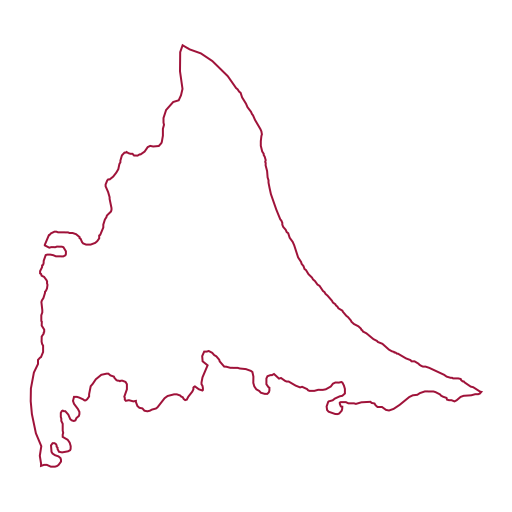 outline of Ramón Villeda Morales, Gracias a Dios, Honduras
{"feature_id": "27666195B49147516395854", "entity_name": "Ramón Villeda Morales", "entity_type": "district", "adm_level": 2, "iso_a3": "HND", "parent_name": "Honduras", "parent_adm1": "Gracias a Dios", "projection": "natural_earth1", "projection_center": [-83.403, 15.103], "detail": "fine", "context": "isolated", "style": "outline", "palette": "rose", "viewbox_px": 512, "rotation_deg": 0, "n_neighbors": 0, "source": "geoboundaries", "source_scale": "gbopen_adm2", "svg_char_len": 5959}
<svg xmlns="http://www.w3.org/2000/svg" viewBox="0 0 512 512"><path d="M41.0,465.9L43.9,464.9L46.9,464.9L50.9,466.7L54.9,466.7L56.9,466.1L58.5,465.0L61.0,461.6L61.0,459.9L60.5,458.1L58.5,456.4L55.0,455.2L52.5,453.5L51.5,451.8L51.0,445.4L52.6,443.2L54.6,443.2L56.1,444.3L56.6,445.5L56.6,446.6L57.6,447.8L57.5,448.9L59.0,451.8L62.1,452.4L68.1,451.3L70.1,450.2L70.6,449.0L70.7,446.2L69.7,442.7L67.7,439.8L62.7,436.9L62.7,434.6L63.2,432.9L62.7,430.6L62.7,423.8L61.3,420.9L61.3,418.6L60.8,416.9L60.8,412.9L61.8,411.1L62.8,410.6L63.8,411.2L65.3,411.2L68.3,414.6L70.3,419.2L71.8,420.4L73.8,421.0L75.4,420.4L76.4,418.1L78.9,415.9L79.4,414.1L79.4,411.9L77.9,409.0L74.0,403.8L73.0,400.9L74.0,396.9L77.0,396.9L79.0,397.5L83.0,399.3L84.5,400.4L85.6,400.4L87.1,399.3L89.1,396.5L89.1,394.2L90.7,386.2L92.7,383.9L95.8,379.3L101.3,374.8L106.4,373.7L108.4,373.7L110.4,375.4L113.9,376.6L114.4,377.8L116.4,380.1L117.4,380.6L118.9,380.7L119.9,381.2L120.9,380.7L122.4,380.7L125.5,381.9L126.9,384.2L126.9,389.3L124.3,396.7L124.8,397.9L124.8,399.6L125.8,400.8L128.9,400.2L133.4,401.4L135.9,400.9L135.9,402.0L137.4,406.0L139.4,407.8L142.4,408.4L144.4,410.7L147.4,411.3L149.9,410.7L151.9,409.6L156.0,408.5L157.5,407.3L164.6,398.2L167.6,396.0L174.2,394.3L176.7,394.3L180.2,395.5L181.2,396.6L182.7,397.2L183.7,399.0L185.2,400.1L186.8,399.6L188.3,396.7L192.3,391.6L193.4,389.3L193.4,387.6L193.9,387.0L194.9,386.4L198.9,389.3L202.4,390.5L202.9,390.0L202.9,388.2L202.5,385.9L201.5,384.2L201.5,382.5L202.5,377.3L207.6,365.3L202.6,361.3L202.2,356.1L204.2,351.6L206.7,351.6L208.7,351.0L212.2,352.8L214.2,355.1L216.3,356.3L219.2,359.7L219.7,361.4L224.2,366.6L226.2,366.7L230.3,367.8L237.8,367.9L239.8,368.5L245.9,369.1L250.9,370.9L252.4,372.0L253.4,376.6L253.3,382.9L254.3,386.4L256.3,389.3L259.3,391.0L260.8,392.7L264.8,393.9L267.3,393.9L268.9,392.2L269.4,390.5L269.4,387.7L268.4,387.1L266.4,384.2L266.4,378.5L267.5,376.2L270.5,375.1L272.0,375.1L274.0,374.0L279.0,378.6L281.0,378.0L285.1,380.9L286.6,381.5L288.6,381.5L295.6,385.6L300.1,387.4L302.1,386.8L307.1,389.1L308.1,390.3L309.6,390.9L314.2,390.9L318.2,389.8L322.7,389.9L325.8,389.3L330.8,386.5L332.9,383.7L335.4,382.5L338.9,382.6L341.4,382.0L342.4,382.6L343.9,385.5L344.9,388.9L344.9,393.5L342.3,395.8L339.8,396.3L334.8,398.6L332.7,400.3L328.7,401.4L328.2,401.9L326.6,406.5L327.1,410.0L328.6,411.7L335.2,414.0L337.7,414.1L339.2,413.5L341.7,410.7L342.2,408.9L342.3,406.7L341.2,406.6L340.7,406.1L339.8,403.8L339.8,402.6L340.8,402.1L345.8,402.1L348.3,403.3L353.9,403.3L355.9,403.9L361.4,402.3L370.5,401.8L371.5,402.9L374.5,403.5L375.5,405.2L377.5,407.0L382.0,407.0L386.0,409.9L389.0,410.5L393.6,408.9L399.6,404.9L409.3,397.0L412.8,395.3L417.3,394.8L419.9,393.1L424.9,391.4L433.5,391.5L435.5,392.1L440.0,394.4L441.0,395.6L443.0,396.7L446.5,397.9L447.0,399.6L449.0,400.2L451.5,400.2L454.5,401.4L456.6,400.3L460.6,396.9L463.6,395.8L471.2,395.3L475.2,394.2L478.2,394.2L479.8,393.6L481.3,391.9L479.9,391.5L473.2,387.2L470.7,386.6L464.7,382.5L463.7,381.4L462.7,381.4L461.2,380.2L460.7,379.0L458.2,378.4L453.1,378.4L452.1,377.8L450.6,377.8L446.6,376.6L444.1,374.8L429.1,367.8L425.5,366.6L423.0,366.6L421.5,366.0L419.5,364.8L418.5,363.7L414.5,361.3L411.5,361.3L410.5,360.1L406.0,358.4L398.0,353.7L397.0,353.7L395.5,352.5L394.4,352.5L394.0,351.9L391.9,351.3L388.9,349.6L382.4,343.8L377.9,342.0L376.9,340.9L373.4,339.1L366.4,333.3L362.9,331.5L362.4,330.4L361.4,329.8L360.9,328.6L358.4,326.3L353.9,324.0L351.4,321.7L350.9,320.5L347.9,317.0L346.4,315.9L342.9,311.8L342.4,310.7L338.4,308.3L337.4,306.6L335.9,305.4L335.4,304.3L332.9,302.5L332.0,300.8L327.5,295.6L325.5,293.9L324.5,292.1L323.0,291.0L319.5,285.8L317.5,284.6L315.0,281.1L313.0,279.4L312.0,277.6L308.5,274.2L306.0,270.1L304.5,269.0L303.5,266.1L301.6,263.8L301.1,262.0L298.1,257.4L294.2,245.3L292.7,241.9L289.7,237.8L288.2,233.2L286.7,232.1L285.7,229.8L283.2,226.9L282.3,224.6L282.3,222.8L281.3,220.5L280.3,219.4L276.3,209.6L270.9,194.1L269.5,187.7L268.5,182.6L268.5,180.3L267.6,177.4L267.1,171.1L265.6,165.3L265.7,163.0L265.2,161.9L265.7,160.2L264.7,156.7L263.7,155.0L263.7,153.8L262.2,151.5L260.8,145.8L260.8,141.2L261.4,136.0L261.9,134.3L261.4,131.4L260.4,129.1L255.0,119.9L253.0,115.3L252.0,114.1L251.0,111.8L247.5,107.2L246.0,103.7L242.1,97.4L240.6,92.8L239.1,91.6L237.6,89.3L236.1,88.1L227.8,76.2L212.4,61.1L200.9,53.4L189.7,49.4L182.6,45.3L180.2,52.1L180.0,71.3L182.5,88.9L181.0,95.3L178.7,100.3L173.2,102.0L166.1,110.0L163.5,118.0L163.5,122.6L164.0,124.8L162.9,128.8L162.9,135.7L161.8,142.0L161.3,143.2L158.8,146.0L153.2,146.5L150.2,145.9L147.7,147.1L144.6,151.6L140.6,154.4L139.6,154.4L137.6,155.6L134.0,155.5L132.5,153.8L130.5,153.8L128.5,153.2L126.5,152.0L126.0,152.6L124.5,152.6L121.9,155.4L120.4,160.6L120.4,162.3L119.4,164.0L118.3,169.2L116.3,172.6L113.2,176.6L109.7,179.4L108.2,179.4L107.2,180.5L105.6,184.5L105.6,186.3L108.1,192.0L109.6,197.2L109.6,198.9L111.5,208.1L111.5,209.8L111.0,211.5L106.9,215.5L106.4,217.2L104.9,219.5L103.3,224.6L103.3,227.5L100.2,234.9L99.2,235.5L99.2,238.4L97.2,241.2L95.2,242.9L90.6,244.6L86.1,244.6L83.1,243.4L82.1,242.2L80.6,238.8L79.6,238.2L79.6,237.1L76.1,234.2L72.6,233.0L69.5,233.0L68.0,232.4L58.0,232.3L56.4,231.7L54.4,231.7L50.9,233.4L49.4,235.1L48.9,235.1L44.8,244.8L44.8,245.4L49.3,247.7L51.3,247.1L55.3,247.2L56.9,246.6L61.9,246.7L63.4,247.2L65.9,251.3L65.9,254.1L65.4,255.3L63.3,256.4L55.8,256.3L53.3,255.2L50.3,254.6L47.2,254.6L45.7,255.1L43.7,260.8L43.6,263.1L43.1,264.8L42.1,265.4L42.1,267.1L40.1,271.1L40.1,273.4L41.1,274.0L41.6,275.7L44.1,276.9L46.6,280.3L47.1,281.5L47.0,283.2L47.5,284.9L47.0,288.4L46.0,290.7L45.0,291.8L45.0,292.9L43.4,298.1L41.9,300.4L41.4,302.1L42.3,310.1L42.3,312.4L41.3,315.3L41.3,321.0L41.8,321.6L41.7,325.6L44.2,329.6L44.2,331.9L43.7,332.5L43.7,333.6L41.7,336.5L41.6,341.6L42.1,343.9L43.1,345.7L43.1,352.0L41.0,357.1L40.0,357.7L38.0,359.9L38.0,364.0L33.9,372.5L30.9,388.5L30.7,401.2L31.9,414.1L35.9,433.3L41.3,446.2L39.8,455.8L41.1,463.8L41.0,465.9Z" fill="none" stroke="#9f1239" stroke-width="2"/></svg>